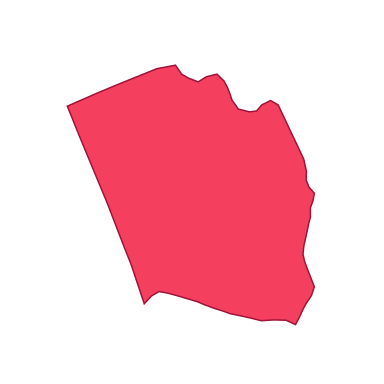 Sangão, Santa Catarina, Brazil (Natural Earth projection), rotated 285°
{"feature_id": "56859067B58015021495227", "entity_name": "Sangão", "entity_type": "district", "adm_level": 2, "iso_a3": "BRA", "parent_name": "Brazil", "parent_adm1": "Santa Catarina", "projection": "natural_earth1", "projection_center": [-49.129, -28.647], "detail": "fine", "context": "isolated", "style": "filled", "palette": "rose", "viewbox_px": 384, "rotation_deg": 285, "n_neighbors": 0, "source": "geoboundaries", "source_scale": "gbopen_adm2", "svg_char_len": 938}
<svg xmlns="http://www.w3.org/2000/svg" viewBox="0 0 384 384"><g transform="rotate(285 192 192)"><path d="M90.7,326.3L98.6,328.1L108.0,329.7L114.5,331.3L123.0,334.2L132.1,334.7L138.3,330.2L146.1,324.4L154.3,318.6L160.7,315.3L168.9,314.0L176.7,313.7L184.9,313.3L191.9,312.9L198.4,312.9L207.3,310.5L215.1,311.1L222.5,310.5L227.0,303.7L233.1,299.2L241.8,297.1L252.7,291.4L298.4,252.7L300.7,244.2L294.3,236.9L286.9,233.4L284.3,226.7L284.1,215.3L291.1,206.9L296.7,203.2L302.1,199.2L307.5,194.2L312.3,185.6L307.1,176.1L300.0,169.5L301.0,159.6L303.0,151.7L310.2,143.2L302.1,126.2L276.3,92.0L263.0,74.8L242.6,49.3L234.7,55.4L226.2,61.7L216.0,69.4L158.7,113.5L130.9,133.7L118.6,142.7L106.3,151.9L71.7,174.8L81.1,179.8L87.3,185.9L88.0,194.2L88.0,203.7L87.7,215.6L87.4,225.9L86.3,233.4L85.4,243.2L85.0,252.7L84.3,260.5L85.0,271.1L85.4,281.6L85.6,292.2L89.7,304.5L92.5,316.1L90.7,326.3Z" fill="#f43f5e" stroke="#9f1239" stroke-width="1.5"/></g></svg>